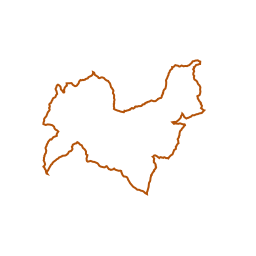 Gran Chimu, La Libertad, Peru (Robinson projection), rotated 336°
{"feature_id": "86281439B8302617209197", "entity_name": "Gran Chimu", "entity_type": "district", "adm_level": 2, "iso_a3": "PER", "parent_name": "Peru", "parent_adm1": "La Libertad", "projection": "robinson", "projection_center": [-78.617, -7.596], "detail": "fine", "context": "isolated", "style": "outline", "palette": "amber", "viewbox_px": 256, "rotation_deg": 336, "n_neighbors": 0, "source": "geoboundaries", "source_scale": "gbopen_adm2", "svg_char_len": 5838}
<svg xmlns="http://www.w3.org/2000/svg" viewBox="0 0 256 256"><g transform="rotate(336 128 128)"><path d="M77.1,140.9L77.1,141.7L77.6,142.4L80.5,142.9L82.3,144.7L83.5,145.3L85.8,147.8L86.3,149.5L86.3,150.5L87.2,152.0L89.8,154.0L90.8,154.5L92.5,154.1L93.0,154.2L93.8,157.8L94.7,158.5L95.3,159.3L97.4,159.7L98.8,159.4L99.2,160.5L99.8,161.3L102.1,163.3L103.7,163.9L104.3,164.5L103.9,166.1L104.1,166.9L103.9,167.5L104.0,169.2L104.5,170.6L105.6,171.2L106.7,172.1L107.0,172.6L107.2,173.5L107.1,175.7L107.3,176.6L107.5,179.2L108.8,183.7L109.3,184.5L110.3,185.9L111.4,188.2L113.1,189.0L114.4,190.6L115.5,191.3L116.3,192.2L116.9,193.5L117.2,194.4L118.5,196.1L119.1,194.4L119.9,193.8L122.8,190.3L124.7,187.0L125.3,186.3L126.2,185.9L127.1,184.8L128.4,182.6L129.6,181.2L129.8,180.6L130.5,180.6L130.7,180.1L131.2,179.8L131.6,179.4L133.5,178.2L133.9,178.2L134.4,177.9L134.5,177.2L135.0,176.9L136.1,176.6L136.7,175.9L137.4,175.8L137.6,175.5L137.8,175.2L137.8,173.8L138.2,173.4L138.4,172.4L138.2,171.0L137.7,169.9L138.0,169.5L138.1,168.5L138.8,167.8L138.9,167.4L139.5,166.6L139.2,164.8L139.0,164.4L139.6,164.4L140.3,163.8L141.1,163.8L141.8,164.1L142.9,165.5L144.0,167.6L144.6,167.8L144.6,168.1L145.7,167.8L146.4,168.2L146.9,168.8L147.7,169.2L148.0,169.6L148.7,169.4L149.5,169.6L150.5,171.0L151.9,171.5L152.4,172.2L154.0,171.2L156.1,170.4L157.9,170.2L161.3,166.8L163.2,166.6L163.9,165.2L164.1,164.5L164.8,164.3L165.3,163.7L166.7,162.8L168.0,162.4L168.1,161.5L168.7,160.1L168.8,158.4L170.7,157.2L171.1,156.3L172.1,155.6L172.5,154.5L173.9,152.5L174.9,151.7L175.9,151.5L177.0,150.6L179.3,149.6L180.1,148.9L181.2,148.7L181.3,148.1L181.2,147.7L179.7,147.0L177.4,144.9L175.8,144.7L172.9,143.0L171.7,142.9L170.9,140.8L172.9,141.3L173.9,142.0L176.1,141.7L178.0,141.1L180.4,140.0L181.4,138.6L182.7,137.9L183.4,136.9L183.8,138.0L183.9,140.9L185.2,143.1L186.5,143.0L187.4,143.3L188.7,143.1L190.0,143.3L191.1,142.8L192.2,142.6L193.6,143.3L196.2,143.3L197.3,143.7L199.1,143.7L201.4,144.3L204.8,142.9L204.3,142.5L202.8,139.5L203.9,138.8L204.6,137.7L204.2,135.4L204.8,135.0L204.7,134.3L204.0,132.0L204.0,130.2L203.7,129.6L204.2,128.4L204.2,127.3L204.3,127.1L206.6,127.1L207.8,126.0L208.3,125.1L208.9,124.4L209.5,122.2L210.7,120.2L210.6,118.0L210.0,116.8L209.9,115.8L210.0,113.9L209.7,112.7L208.5,110.8L208.4,110.3L208.8,108.4L209.7,107.4L209.4,106.4L209.4,105.6L210.1,104.3L211.5,103.1L211.6,102.4L211.4,100.8L212.5,100.6L212.9,99.2L213.9,99.3L215.9,98.1L217.8,98.6L219.5,98.6L219.9,98.8L221.0,96.7L219.9,95.7L219.3,94.6L216.9,93.8L215.4,93.8L214.4,93.4L213.9,93.5L213.0,94.3L210.9,95.0L209.6,95.5L208.0,95.4L207.2,95.5L205.5,94.6L203.8,94.2L203.5,93.8L202.3,92.7L200.6,92.9L199.8,92.7L198.9,91.3L198.0,90.8L196.8,89.8L194.9,90.6L193.8,90.7L193.1,90.3L192.5,91.8L190.9,92.1L189.5,92.8L188.8,93.8L187.4,94.6L186.5,96.1L185.5,96.8L184.0,98.4L182.3,99.7L181.9,100.3L181.7,101.4L180.9,103.1L179.9,104.9L178.2,107.2L176.7,107.6L175.4,108.6L174.9,109.5L174.3,109.9L174.3,110.4L174.0,110.9L173.3,111.1L172.6,112.0L172.1,112.1L171.5,113.3L170.4,114.0L168.9,113.6L167.8,113.7L167.2,113.6L166.7,114.0L165.2,114.3L164.5,114.6L164.0,114.6L162.4,114.0L160.5,112.3L158.2,112.5L156.1,112.1L155.4,112.5L154.7,112.2L153.6,112.3L152.8,113.0L151.5,112.5L151.1,112.7L150.6,112.6L150.2,113.0L149.3,113.3L148.3,113.1L146.5,112.3L144.8,112.2L144.4,111.7L143.5,111.4L143.0,111.5L142.5,112.1L140.9,112.4L140.6,112.4L140.2,111.7L139.5,111.3L138.8,111.6L137.9,111.5L137.3,112.1L136.8,112.1L135.8,111.8L135.1,111.9L134.5,111.6L132.9,111.6L131.8,110.8L131.0,111.7L130.6,111.9L127.8,109.9L126.6,108.6L125.8,108.1L123.3,105.5L122.9,104.8L123.7,103.7L123.9,102.3L124.7,101.0L124.7,100.3L125.3,100.0L126.1,98.1L127.1,96.9L127.3,96.2L127.3,95.1L128.6,92.6L128.7,91.9L128.4,90.1L129.1,88.9L129.8,88.2L129.9,87.0L129.6,86.4L129.7,85.4L129.1,84.0L129.6,80.6L129.6,79.4L129.2,78.4L129.0,76.9L128.1,76.2L127.5,75.4L126.7,73.9L126.5,72.9L126.3,72.5L125.2,71.4L124.2,70.9L122.3,70.9L121.5,70.3L121.4,69.9L121.4,69.1L119.3,65.9L119.6,63.7L118.8,62.7L118.6,63.5L117.7,64.5L116.8,65.1L116.0,65.4L112.5,65.5L111.5,66.3L109.2,66.0L108.3,66.4L107.9,66.2L107.0,66.2L106.2,65.6L105.1,65.6L104.1,64.8L103.4,65.2L102.9,65.3L101.7,66.2L101.3,66.9L100.4,67.5L99.5,67.7L99.0,68.3L98.0,68.5L96.7,68.3L96.4,68.0L95.1,66.0L94.8,64.2L94.5,63.9L92.6,63.3L90.1,62.2L89.4,64.4L89.0,64.6L88.4,64.5L86.5,65.5L85.8,66.5L85.1,66.9L84.6,68.9L84.2,69.5L83.8,69.5L83.4,69.2L83.0,67.0L82.4,65.5L83.1,63.1L83.0,62.4L82.1,60.4L81.6,59.9L81.2,59.9L79.9,60.6L79.0,61.8L77.8,62.7L77.6,63.4L77.7,65.2L77.1,68.1L75.7,68.7L74.4,70.1L73.7,70.3L71.9,70.3L70.5,71.3L70.2,71.8L69.0,72.5L68.5,73.2L67.5,73.9L66.7,73.8L65.8,74.3L65.5,74.8L65.5,76.2L64.8,77.2L64.2,77.4L64.0,77.7L64.1,78.6L63.9,79.4L63.1,80.1L61.2,81.0L58.0,84.2L57.0,84.5L55.3,85.4L54.8,86.1L54.4,87.3L53.0,88.7L52.3,90.0L54.1,91.8L56.0,92.0L58.0,93.1L60.0,94.7L61.0,96.8L60.7,98.2L61.0,99.6L61.7,100.8L62.2,101.2L62.9,102.9L61.4,103.8L60.3,104.7L59.8,106.2L56.1,106.0L53.4,107.4L52.8,106.9L52.3,106.8L49.5,108.1L48.7,109.0L47.6,109.7L47.3,110.2L46.7,110.5L46.2,111.4L45.6,111.7L44.5,112.7L44.1,115.5L42.6,117.6L41.7,118.0L40.8,119.0L40.4,119.2L40.1,120.1L39.1,120.9L38.6,122.4L37.8,123.2L37.8,125.2L37.6,127.1L37.4,127.6L36.2,128.5L35.3,128.7L35.0,128.9L35.5,130.2L35.4,131.7L35.7,132.4L35.7,133.4L35.3,134.5L35.1,136.0L35.1,136.5L35.6,137.0L35.5,136.5L36.0,135.1L38.0,134.0L39.2,132.9L42.9,130.2L44.1,130.0L44.6,129.4L46.0,128.7L49.2,128.0L50.0,127.6L52.1,127.5L52.8,126.9L56.1,127.0L56.7,126.7L59.4,127.6L60.9,127.6L61.4,127.3L62.7,127.0L64.3,125.7L65.0,125.6L66.4,125.9L68.2,125.1L68.8,124.5L69.1,122.3L70.0,121.9L70.5,121.1L70.9,120.8L73.6,120.7L74.5,121.0L75.9,120.3L76.3,120.7L76.5,121.6L76.9,121.8L77.5,123.7L78.7,125.0L78.7,127.8L79.8,130.1L80.1,132.3L79.0,134.7L79.2,135.5L79.9,136.3L78.5,138.1L77.8,138.8L77.1,140.9Z" fill="none" stroke="#b45309" stroke-width="2"/></g></svg>